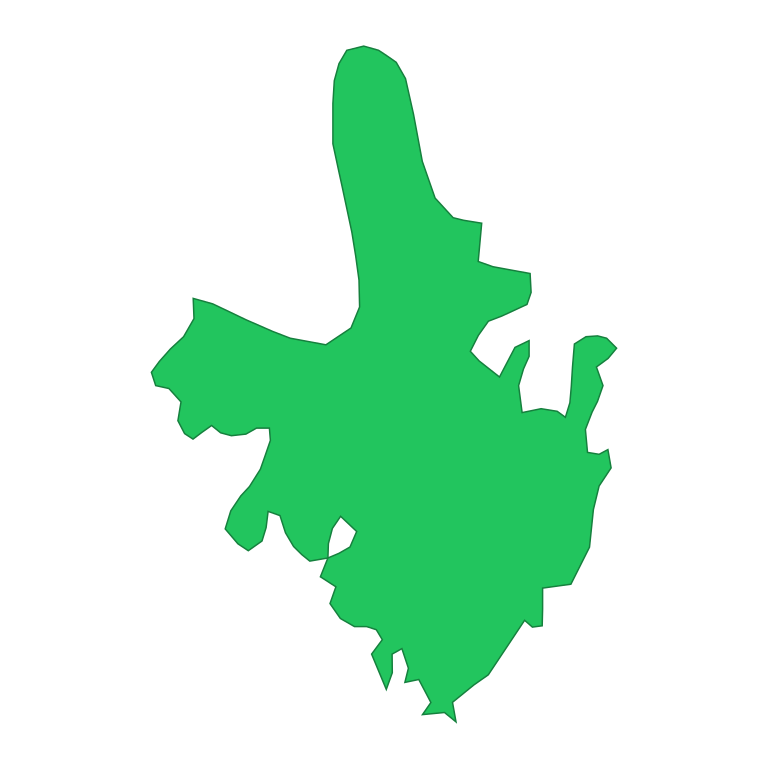 outline of Porto Mauá, Rio Grande do Sul, Brazil
{"feature_id": "56859067B40873252146886", "entity_name": "Porto Mauá", "entity_type": "district", "adm_level": 2, "iso_a3": "BRA", "parent_name": "Brazil", "parent_adm1": "Rio Grande do Sul", "projection": "equal_earth", "projection_center": [-54.66, -27.584], "detail": "fine", "context": "isolated", "style": "filled", "palette": "green", "viewbox_px": 768, "rotation_deg": 0, "n_neighbors": 0, "source": "geoboundaries", "source_scale": "gbopen_adm2", "svg_char_len": 1865}
<svg xmlns="http://www.w3.org/2000/svg" viewBox="0 0 768 768"><path d="M327.9,558.0L320.4,576.8L335.9,586.8L330.0,603.6L340.4,618.5L354.5,626.6L366.7,626.6L376.3,629.7L382.3,639.7L371.6,654.1L386.3,689.4L392.3,672.7L392.1,654.1L401.9,648.6L408.4,668.2L404.9,682.4L418.8,679.5L430.9,702.5L422.5,714.6L444.5,712.5L456.0,721.9L452.5,702.3L473.8,685.0L488.3,674.8L524.6,620.3L532.4,627.1L542.2,625.8L542.6,609.1L542.6,588.1L570.9,584.2L589.5,547.2L593.4,509.5L599.1,486.0L611.1,467.9L607.9,449.6L599.1,454.3L587.5,452.4L585.4,429.4L592.1,412.1L597.5,401.4L603.0,385.6L596.4,367.0L608.1,358.4L616.6,348.2L606.6,338.2L597.6,335.9L586.0,336.7L574.4,344.0L572.5,367.0L571.3,386.4L569.9,402.7L565.4,417.3L557.2,411.3L541.1,408.7L522.1,412.6L518.6,385.6L523.5,368.9L529.1,356.3L529.1,340.6L515.0,347.4L499.5,377.0L479.2,361.0L470.3,351.3L478.4,335.3L488.4,321.2L501.9,316.0L527.0,304.4L531.1,292.4L530.1,273.5L508.6,269.6L492.9,266.7L478.2,261.5L481.7,223.2L463.7,220.3L453.1,217.7L435.1,198.1L422.3,161.4L413.5,114.2L405.5,78.6L396.2,62.3L387.6,56.3L378.6,50.3L363.7,46.1L346.8,50.3L339.0,63.6L334.3,80.7L332.9,103.5L332.9,143.8L338.8,171.3L342.3,187.3L351.9,232.4L355.7,256.0L359.0,280.1L359.6,307.0L351.0,328.0L325.9,344.8L290.2,338.2L272.6,331.4L246.3,319.9L212.8,303.9L193.2,298.4L194.0,318.6L183.6,336.7L170.4,349.0L159.3,361.5L151.4,372.3L155.7,385.6L168.9,388.5L181.0,401.9L177.9,420.7L184.6,433.6L193.0,439.1L202.0,432.3L211.6,425.5L220.6,432.8L231.4,435.7L245.9,434.1L256.5,428.1L269.4,428.1L270.4,440.4L264.9,456.4L260.4,469.2L249.5,486.5L240.8,495.9L230.8,510.8L225.2,528.9L237.9,543.8L248.3,550.7L262.0,541.0L266.1,527.6L268.1,511.4L280.0,515.6L285.5,532.8L293.6,546.5L301.8,554.6L309.8,561.1L327.9,558.0ZM327.9,558.0L328.4,543.6L332.4,528.4L340.6,516.3L356.7,531.5L350.0,547.0L339.0,553.3L327.9,558.0Z" fill="#22c55e" stroke="#15803d" stroke-width="1.5"/></svg>